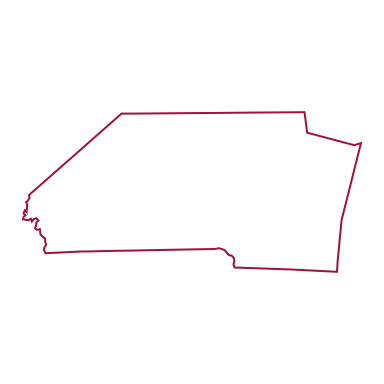 São Luís Gonzaga do Maranhão, Maranhão, Brazil
{"feature_id": "56859067B14261952678271", "entity_name": "São Luís Gonzaga do Maranhão", "entity_type": "district", "adm_level": 2, "iso_a3": "BRA", "parent_name": "Brazil", "parent_adm1": "Maranhão", "projection": "robinson", "projection_center": [-44.715, -4.38], "detail": "fine", "context": "isolated", "style": "outline", "palette": "rose", "viewbox_px": 384, "rotation_deg": 0, "n_neighbors": 0, "source": "geoboundaries", "source_scale": "gbopen_adm2", "svg_char_len": 1001}
<svg xmlns="http://www.w3.org/2000/svg" viewBox="0 0 384 384"><path d="M304.5,112.2L237.6,112.7L210.6,113.0L203.6,113.0L181.7,113.2L179.0,113.2L133.6,113.6L131.0,113.6L121.5,113.6L114.6,119.7L96.0,136.1L78.0,152.0L31.2,193.1L29.1,195.1L29.5,197.9L27.7,200.9L26.1,202.3L27.2,204.8L26.9,208.4L26.6,212.2L24.9,210.3L23.5,213.3L25.5,215.3L23.6,216.7L23.0,219.3L26.2,219.8L28.4,220.2L30.8,218.7L31.9,221.5L33.4,219.4L36.4,218.2L38.4,220.5L36.3,222.4L36.2,225.7L34.9,228.1L36.9,229.8L39.9,229.2L40.3,232.0L40.4,234.3L42.2,236.4L45.2,238.6L45.2,241.5L46.1,244.7L44.5,247.2L43.9,249.6L45.4,253.2L81.1,251.5L90.6,251.4L116.1,250.8L124.2,250.7L130.8,250.6L153.6,250.1L169.6,249.8L214.5,249.0L219.1,248.2L222.0,249.1L224.8,250.3L226.7,252.5L228.8,255.1L231.6,255.6L233.7,257.7L234.3,261.2L233.5,264.3L234.5,267.5L291.2,269.5L337.0,271.8L337.6,261.5L340.2,234.5L341.6,219.8L344.6,208.2L346.9,199.2L357.9,155.1L361.0,143.1L354.3,145.2L307.2,132.7L304.5,112.2Z" fill="none" stroke="#9f1239" stroke-width="2"/></svg>